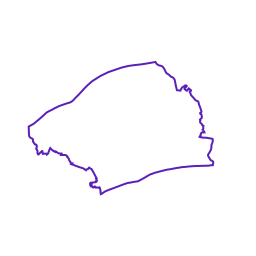 the district of Mo Cay Nam, Bến Tre, Vietnam, rotated 112°
{"feature_id": "81297802B48166206611574", "entity_name": "Mo Cay Nam", "entity_type": "district", "adm_level": 2, "iso_a3": "VNM", "parent_name": "Vietnam", "parent_adm1": "Bến Tre", "projection": "albers", "projection_center": [106.374, 10.071], "detail": "fine", "context": "isolated", "style": "outline", "palette": "violet", "viewbox_px": 256, "rotation_deg": 112, "n_neighbors": 0, "source": "geoboundaries", "source_scale": "gbopen_adm2", "svg_char_len": 5557}
<svg xmlns="http://www.w3.org/2000/svg" viewBox="0 0 256 256"><g transform="rotate(112 128 128)"><path d="M90.0,173.0L97.8,178.6L103.1,181.3L107.2,183.1L115.3,186.1L119.9,188.1L121.9,188.8L123.1,189.3L124.5,190.1L126.0,191.2L126.2,191.5L127.9,193.7L129.6,195.7L133.5,200.1L135.8,202.1L137.2,203.5L139.0,204.8L140.5,206.2L143.5,208.8L144.3,209.3L146.0,210.2L147.2,210.7L151.3,212.7L153.8,214.0L159.4,217.0L163.0,219.9L163.9,220.6L170.6,217.6L172.1,216.8L172.7,216.4L173.0,216.0L173.4,215.3L173.6,214.7L173.7,213.9L173.7,213.2L173.8,212.5L174.0,212.2L174.2,211.9L174.6,211.7L176.1,211.1L176.5,210.4L176.6,210.2L176.8,210.0L177.0,209.8L177.2,209.3L177.4,208.9L177.7,208.7L177.9,208.5L178.0,208.1L177.9,207.1L177.9,206.8L178.2,206.7L178.4,206.5L178.5,206.4L178.6,206.2L178.8,205.8L179.4,205.5L180.3,205.4L181.0,205.5L181.3,205.4L181.6,205.3L181.8,205.2L182.0,204.6L182.9,203.7L183.2,203.3L183.4,203.2L183.7,203.1L183.9,203.0L184.4,202.8L185.0,202.6L185.3,202.5L185.4,202.3L185.5,202.2L185.8,201.8L186.1,201.6L186.1,201.1L185.9,200.9L185.6,200.8L185.2,200.8L184.7,200.5L184.3,200.3L183.6,200.0L182.4,199.5L181.6,199.1L181.5,198.8L181.7,198.7L182.4,198.1L183.2,197.7L183.7,197.6L183.9,197.4L183.9,197.2L183.3,196.2L183.2,196.2L182.9,195.3L182.7,195.0L182.4,194.3L182.4,194.1L182.8,193.7L183.1,193.3L181.6,192.6L180.1,192.6L176.7,192.7L175.7,192.6L176.4,191.2L176.6,190.6L177.0,189.5L177.3,188.4L177.0,188.3L177.5,186.4L176.8,186.2L177.4,183.7L177.5,183.2L177.4,182.6L177.3,182.1L177.0,181.0L177.1,180.8L176.7,180.5L176.6,180.0L178.1,180.0L176.4,175.7L177.0,173.5L177.6,173.5L177.7,173.4L177.9,173.1L178.3,171.9L178.8,171.4L179.4,170.8L179.5,170.8L179.8,170.6L180.2,170.0L180.8,169.4L180.9,168.9L181.1,168.6L182.0,168.0L181.7,166.6L182.8,167.0L182.8,166.0L182.4,165.9L182.7,162.7L182.7,162.0L182.6,161.4L182.5,160.4L182.6,158.9L182.5,158.4L182.4,157.2L182.2,154.6L182.3,153.9L182.6,152.6L182.7,152.2L182.9,151.2L182.6,151.2L182.4,151.1L182.1,151.0L181.8,150.8L181.7,150.6L181.5,150.2L181.4,150.0L181.3,149.9L179.3,149.2L179.7,147.6L179.7,146.9L179.8,146.3L182.4,143.0L184.8,140.2L185.9,138.9L186.3,138.3L186.9,138.7L188.4,137.1L189.4,137.9L189.7,137.6L189.6,137.3L189.8,137.2L190.3,137.6L191.4,139.6L192.5,141.8L192.6,142.0L193.4,142.4L193.5,142.4L193.7,142.1L193.6,141.9L193.4,141.8L193.3,141.7L193.4,141.4L193.3,141.1L193.3,140.9L193.2,140.8L193.3,140.7L193.8,140.7L194.0,140.8L194.2,141.1L194.4,141.4L194.6,141.6L194.8,141.8L195.2,141.6L195.6,141.1L195.9,140.7L196.0,140.6L195.9,140.4L195.2,140.4L195.0,140.1L195.1,139.9L195.4,139.6L195.8,139.1L195.9,138.9L196.3,138.5L196.3,138.4L196.3,138.2L196.2,138.0L196.1,137.8L195.9,137.5L195.6,137.4L195.0,137.3L194.8,137.2L194.7,136.9L194.6,136.7L194.7,136.3L194.9,136.1L195.1,135.9L195.3,135.8L195.4,135.5L195.4,135.4L194.8,134.6L194.7,134.4L194.6,134.2L194.6,133.8L194.6,133.4L194.6,133.2L194.4,133.0L194.0,132.7L193.8,132.5L193.7,132.3L193.7,132.1L193.9,131.9L194.1,131.7L194.5,131.4L196.1,130.2L198.5,129.0L199.5,128.4L199.0,127.9L197.1,126.6L195.7,125.7L192.8,122.9L190.2,120.0L186.1,115.5L181.9,111.0L180.1,108.9L178.7,107.1L177.7,105.3L175.9,102.6L175.1,101.2L173.7,98.9L173.4,98.5L172.6,97.9L168.4,94.4L163.1,90.4L159.2,86.0L152.4,76.8L151.6,75.5L150.5,73.6L149.2,71.6L148.3,70.1L147.2,68.5L145.2,65.1L144.5,64.0L143.8,62.8L143.4,61.9L142.9,60.9L140.6,56.6L138.4,52.1L133.5,41.0L133.1,39.8L132.3,38.4L131.5,37.3L131.0,36.2L130.7,35.4L127.6,36.2L127.4,36.4L127.1,36.9L127.0,37.3L126.9,37.9L126.9,38.4L126.9,39.1L126.8,39.4L126.6,39.7L124.8,42.1L123.9,43.2L123.5,43.5L122.9,43.7L122.0,43.7L121.1,43.4L120.0,43.3L119.0,43.2L117.1,43.0L115.6,43.2L114.3,43.5L113.6,43.9L113.3,44.0L112.7,44.2L112.3,44.2L110.5,44.2L109.8,44.3L109.3,44.4L108.2,44.6L107.5,44.8L107.0,45.1L106.6,45.3L106.5,45.8L106.6,46.7L107.5,50.9L107.9,52.4L108.9,54.9L109.1,56.2L109.3,56.9L109.4,57.4L109.4,58.3L109.0,58.2L108.8,58.1L108.7,57.8L108.7,57.6L108.4,57.6L108.3,57.9L108.3,58.1L108.2,58.2L107.9,58.2L107.4,58.0L107.1,58.0L106.9,58.0L106.3,58.3L106.0,58.3L105.2,58.1L104.8,58.1L104.6,58.0L104.5,57.9L104.3,57.6L104.1,57.0L103.9,56.5L103.7,56.1L103.5,56.8L103.3,56.7L103.0,56.4L102.8,56.2L102.3,56.9L101.6,57.9L101.5,58.2L100.9,58.0L100.2,58.0L99.6,58.3L98.7,58.8L98.3,58.9L97.9,58.8L97.8,59.8L97.7,60.0L97.2,60.2L97.1,60.5L96.9,60.9L96.6,61.3L96.4,61.8L96.3,62.2L96.2,62.5L96.0,62.8L95.4,63.5L95.2,63.6L94.5,63.7L94.0,63.7L93.8,63.7L93.7,63.8L93.5,64.3L93.4,64.4L93.1,64.3L90.8,63.4L90.2,63.6L89.8,63.9L88.8,64.4L88.4,64.6L88.1,64.9L87.9,65.2L87.9,65.5L87.9,66.0L87.8,66.3L87.3,66.4L87.1,66.6L86.7,66.2L86.4,66.1L86.1,66.0L85.8,66.0L85.3,66.2L85.2,66.1L82.0,68.7L79.9,70.7L77.1,72.8L77.0,75.7L75.7,78.1L73.8,82.1L72.6,82.9L72.3,83.2L72.0,83.7L71.7,84.1L71.3,84.2L70.9,84.2L70.5,84.0L70.0,83.6L69.8,83.5L69.5,83.7L69.2,84.2L69.2,84.7L69.0,85.2L68.6,86.1L68.5,86.5L69.1,86.8L70.6,86.9L71.0,86.9L71.3,87.2L71.4,87.6L71.4,88.0L71.3,88.4L71.0,88.9L70.9,89.5L70.8,90.0L70.6,90.3L70.3,90.4L69.9,90.3L68.1,89.5L67.4,89.2L67.2,89.2L67.0,89.3L66.8,89.6L66.8,90.2L67.0,90.7L67.4,91.2L67.8,91.4L68.5,91.8L69.7,92.7L70.2,93.0L71.1,93.2L72.4,93.4L73.1,93.4L73.7,93.4L74.6,96.8L71.0,99.4L68.8,100.8L65.7,102.9L64.5,104.9L64.3,105.5L64.3,106.0L64.4,106.9L64.4,107.2L63.6,109.1L63.5,109.5L63.2,110.4L62.7,113.0L62.0,113.9L60.5,115.5L59.1,117.2L58.8,117.8L58.3,118.7L58.0,119.6L57.9,120.2L58.0,120.6L58.3,122.5L58.3,123.4L58.2,123.9L58.1,124.4L58.1,124.7L57.8,125.4L57.3,126.2L56.5,127.3L61.2,134.8L64.0,139.5L68.0,146.9L70.4,151.0L71.2,152.1L72.8,154.4L74.2,156.3L75.0,157.3L83.4,167.0L90.0,173.0Z" fill="none" stroke="#5b21b6" stroke-width="2"/></g></svg>